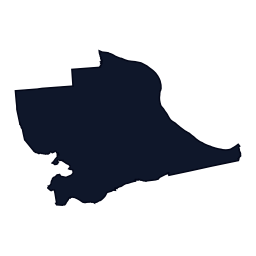 outline of Birzgales pag., Keguma, Latvia
{"feature_id": "27541924B47267130606950", "entity_name": "Birzgales pag.", "entity_type": "district", "adm_level": 2, "iso_a3": "LVA", "parent_name": "Latvia", "parent_adm1": "Keguma", "projection": "mercator", "projection_center": [24.79, 56.63], "detail": "fine", "context": "isolated", "style": "filled", "palette": "ink", "viewbox_px": 256, "rotation_deg": 0, "n_neighbors": 0, "source": "geoboundaries", "source_scale": "gbopen_adm2", "svg_char_len": 5379}
<svg xmlns="http://www.w3.org/2000/svg" viewBox="0 0 256 256"><path d="M143.5,64.2L142.4,63.6L140.9,62.9L139.5,62.6L135.0,61.7L131.6,61.4L128.0,60.9L126.1,60.3L124.6,59.8L121.9,58.6L121.4,58.4L120.4,58.3L118.9,57.8L115.3,56.3L113.2,55.0L112.2,54.5L110.6,53.8L109.1,53.4L108.4,52.9L106.7,52.6L102.2,52.1L101.0,51.6L99.2,50.8L99.5,53.3L99.6,53.5L99.8,54.1L99.8,54.4L100.1,54.7L100.1,54.9L100.2,56.0L100.8,57.4L101.0,57.5L100.9,57.6L101.0,57.9L100.9,58.2L100.8,58.3L100.9,58.9L101.2,59.5L101.4,59.5L101.6,59.8L101.8,59.9L102.0,60.1L101.4,60.7L101.1,61.6L100.5,61.9L100.6,62.0L101.0,62.0L101.1,61.9L101.3,61.9L101.2,62.0L101.2,62.8L101.1,63.0L101.6,62.8L101.8,62.9L101.8,63.0L101.7,63.1L101.5,63.4L101.4,63.5L101.2,63.9L101.2,64.0L101.2,64.5L101.3,64.5L101.2,64.7L100.9,65.4L100.5,65.6L100.4,65.9L100.4,66.2L100.1,66.5L100.3,66.7L100.3,66.8L100.4,67.0L100.0,67.3L79.9,68.8L78.8,68.9L71.9,69.4L73.0,86.1L42.1,88.4L37.3,89.1L15.4,90.8L16.3,101.3L16.8,106.0L16.9,109.5L19.9,123.7L19.9,123.9L20.1,123.8L20.2,124.4L22.0,128.2L21.8,128.2L22.2,128.7L22.5,129.4L23.2,133.1L24.7,139.9L25.5,140.7L31.4,148.0L33.3,150.3L33.9,151.2L35.8,152.2L35.7,152.4L36.6,152.5L37.5,152.9L38.5,153.3L38.9,153.6L40.2,153.0L40.4,152.9L41.4,153.4L42.7,153.5L43.9,153.8L44.6,153.8L45.6,154.1L46.5,153.9L46.8,153.7L47.4,153.8L47.5,154.0L48.1,154.0L48.2,153.7L48.7,153.6L49.6,153.0L49.9,152.4L50.0,152.1L50.5,151.6L50.9,151.5L52.1,152.6L52.3,152.7L54.3,151.8L54.8,151.2L55.5,151.0L56.0,151.3L56.7,152.7L57.7,152.7L57.6,153.4L58.3,153.4L58.7,154.8L57.3,154.5L57.3,156.7L57.4,157.1L56.6,157.7L55.4,159.0L55.2,159.3L53.8,161.3L53.5,162.0L52.5,162.4L52.1,163.0L53.9,163.5L54.4,164.4L55.0,164.5L56.4,164.3L57.6,163.7L57.7,162.9L58.4,162.1L57.7,161.8L57.5,161.4L57.1,161.2L57.6,160.1L58.0,160.0L59.0,159.9L59.7,160.3L62.4,160.4L62.5,160.8L62.8,161.0L63.0,160.8L63.1,161.2L63.7,161.5L64.6,162.2L65.1,162.3L65.4,162.7L66.5,163.5L67.5,163.8L67.8,164.1L68.5,164.1L68.7,164.4L70.0,165.9L70.1,166.5L70.1,167.4L69.8,167.6L69.6,167.9L69.3,168.0L68.7,168.8L70.0,169.3L72.2,169.6L72.9,170.2L73.0,171.3L73.2,173.1L71.5,175.1L66.0,177.4L60.7,176.3L59.6,174.5L59.2,174.6L57.2,174.9L56.6,175.3L56.0,176.1L55.0,177.0L54.2,177.2L53.4,177.6L52.5,178.7L52.2,179.8L52.1,180.2L51.9,180.4L52.0,180.6L51.5,181.1L51.4,181.4L51.3,182.0L51.2,182.7L51.1,183.5L50.9,184.3L50.5,184.7L49.2,186.2L48.7,186.1L48.8,186.3L48.7,186.4L47.8,187.8L47.8,188.0L50.1,190.0L51.1,190.6L51.9,190.4L52.5,189.7L54.4,190.1L55.1,193.6L56.2,200.4L56.7,202.9L55.7,203.3L56.6,204.8L62.6,205.2L63.1,204.9L64.7,204.8L65.7,203.6L65.5,203.4L67.9,200.1L68.2,199.6L68.9,198.1L69.1,197.9L70.1,198.1L70.3,197.2L71.2,197.3L72.2,197.0L73.5,197.3L74.7,197.4L76.7,198.4L77.2,198.5L78.4,199.3L79.1,199.6L82.6,202.0L83.0,202.2L84.7,202.5L85.1,202.6L85.4,202.4L86.5,202.3L88.3,202.0L89.1,202.2L89.8,201.6L91.4,202.2L92.4,202.1L94.1,202.6L94.5,202.9L94.5,202.7L97.0,202.0L99.2,200.6L99.9,200.6L101.3,199.8L103.9,197.4L103.9,197.1L104.7,196.5L105.8,194.7L105.7,194.6L107.0,192.4L111.8,191.0L112.2,190.4L113.1,190.2L113.9,190.1L115.4,190.3L114.9,188.4L114.9,188.1L115.2,187.9L116.2,188.4L117.0,188.5L117.3,187.7L118.9,187.0L119.8,186.5L120.2,186.5L120.5,186.5L120.9,186.4L122.3,185.6L123.7,184.6L125.9,183.5L127.3,183.3L128.2,183.1L131.2,182.1L132.8,181.7L133.0,181.7L133.4,181.2L134.5,181.3L135.5,181.1L135.2,179.7L135.3,179.5L135.5,179.6L135.8,179.5L136.2,179.4L136.3,179.5L136.2,179.6L136.4,179.7L136.4,179.8L136.5,179.7L136.8,179.7L136.8,179.8L137.1,179.7L137.1,179.9L137.3,179.9L137.8,180.0L137.9,179.9L137.9,180.0L138.3,180.0L138.4,179.7L138.9,179.7L139.2,179.5L139.9,179.5L140.0,179.7L140.3,179.7L140.4,179.4L140.5,180.1L141.7,180.2L142.7,180.5L143.4,180.8L144.9,180.9L146.0,181.2L146.2,180.9L155.5,179.8L158.3,179.0L159.1,177.8L159.6,177.3L166.5,173.8L166.6,173.7L166.7,173.9L166.9,173.8L167.0,173.7L167.2,173.8L167.4,173.7L167.5,173.7L167.8,173.5L167.8,173.3L167.7,173.1L167.9,173.0L168.0,173.0L167.9,173.1L168.0,173.1L168.1,172.9L168.3,172.9L168.4,172.7L168.5,172.7L168.9,175.3L191.0,170.6L211.4,166.1L238.4,160.5L238.7,159.6L238.9,158.5L238.9,158.4L238.6,158.4L239.0,158.0L239.1,157.7L239.1,157.4L240.6,156.0L240.6,155.9L240.4,153.7L240.5,153.3L240.3,152.9L240.2,152.5L239.8,151.8L239.2,150.3L239.1,150.0L239.2,149.7L239.3,149.1L239.1,148.8L238.8,148.3L238.7,147.8L238.7,147.6L238.8,147.2L239.0,146.9L239.4,146.5L239.7,146.2L238.2,144.3L236.1,145.9L234.3,147.1L232.5,148.1L231.3,148.9L230.1,149.4L228.7,149.7L227.2,149.9L225.7,150.0L222.8,149.8L221.4,149.4L218.3,148.9L215.2,148.1L211.7,147.0L210.0,146.2L208.8,145.9L207.8,145.5L207.2,145.3L205.1,144.4L203.9,143.8L202.1,142.7L200.2,141.9L199.1,141.2L198.5,140.8L197.3,140.0L197.0,139.7L196.1,139.1L193.5,136.7L192.6,136.1L192.2,135.8L191.8,135.5L189.2,133.3L187.2,132.3L186.9,132.0L184.7,130.8L181.5,128.4L179.4,126.8L178.9,126.3L177.1,124.9L176.8,124.6L175.1,123.1L172.3,121.4L170.5,119.9L169.8,119.1L169.8,118.9L169.4,118.4L168.0,116.0L167.4,114.8L166.4,113.2L165.0,111.4L163.5,109.0L161.9,107.1L161.1,106.2L160.9,105.7L160.5,104.8L159.9,102.4L159.5,100.1L159.4,98.4L159.4,97.1L159.6,95.6L159.6,95.4L159.7,94.5L159.7,93.9L159.7,93.4L159.9,92.2L160.0,91.6L160.0,91.4L160.1,91.1L160.6,90.2L160.6,89.7L160.9,89.1L161.0,88.6L161.0,88.0L160.9,85.1L160.8,84.5L160.0,80.9L159.1,78.7L157.7,76.1L155.6,73.2L153.7,71.3L152.8,70.5L151.4,69.4L149.3,67.9L146.9,66.0L143.5,64.2Z" fill="#0f172a" stroke="#020617" stroke-width="1.5"/></svg>